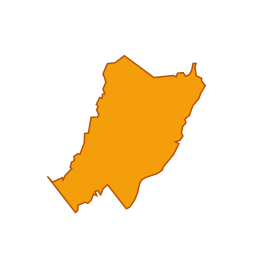 outline of Napa, California, United States of America, rotated 52°
{"feature_id": "52423323B42957866846180", "entity_name": "Napa", "entity_type": "district", "adm_level": 2, "iso_a3": "USA", "parent_name": "United States of America", "parent_adm1": "California", "projection": "robinson", "projection_center": [-122.326, 38.51], "detail": "fine", "context": "isolated", "style": "filled", "palette": "amber", "viewbox_px": 256, "rotation_deg": 52, "n_neighbors": 0, "source": "geoboundaries", "source_scale": "gbopen_adm2", "svg_char_len": 1157}
<svg xmlns="http://www.w3.org/2000/svg" viewBox="0 0 256 256"><g transform="rotate(52 128 128)"><path d="M119.1,34.6L117.2,36.9L121.9,42.6L123.7,47.0L122.5,50.9L118.4,50.4L115.3,55.2L117.4,58.6L114.6,59.9L104.2,76.5L68.8,86.4L68.6,98.1L64.6,104.6L70.1,114.6L74.1,115.4L78.5,117.5L81.9,123.8L86.8,125.3L85.7,127.5L88.6,130.2L86.6,131.5L89.9,138.5L92.8,138.2L94.2,141.5L100.0,143.0L100.6,145.5L96.8,150.5L107.6,162.3L105.6,165.6L112.7,171.5L119.1,182.0L117.4,183.1L117.0,188.1L120.7,190.3L120.1,193.6L123.5,197.8L125.2,197.2L126.8,206.9L128.9,211.2L126.6,210.3L124.2,220.7L116.5,221.3L162.3,221.4L162.2,219.3L161.5,217.8L158.1,214.9L160.1,207.4L162.6,206.0L162.2,201.6L158.9,195.8L162.0,194.2L157.7,193.2L158.7,190.4L163.9,190.7L160.6,185.1L160.0,179.1L175.7,179.1L190.6,179.0L191.4,175.4L188.8,167.2L185.3,160.9L179.1,153.2L177.3,149.3L177.9,144.3L181.9,133.0L182.3,127.0L180.5,124.2L176.9,108.5L171.7,97.5L168.1,99.1L169.7,94.8L168.1,89.6L164.9,89.1L160.5,83.9L159.5,79.0L156.0,77.9L155.9,72.0L150.4,63.3L148.4,54.2L145.3,49.0L142.2,41.0L136.3,41.1L134.0,39.4L128.8,42.1L121.2,37.7L119.1,34.6Z" fill="#f59e0b" stroke="#b45309" stroke-width="1.5"/></g></svg>